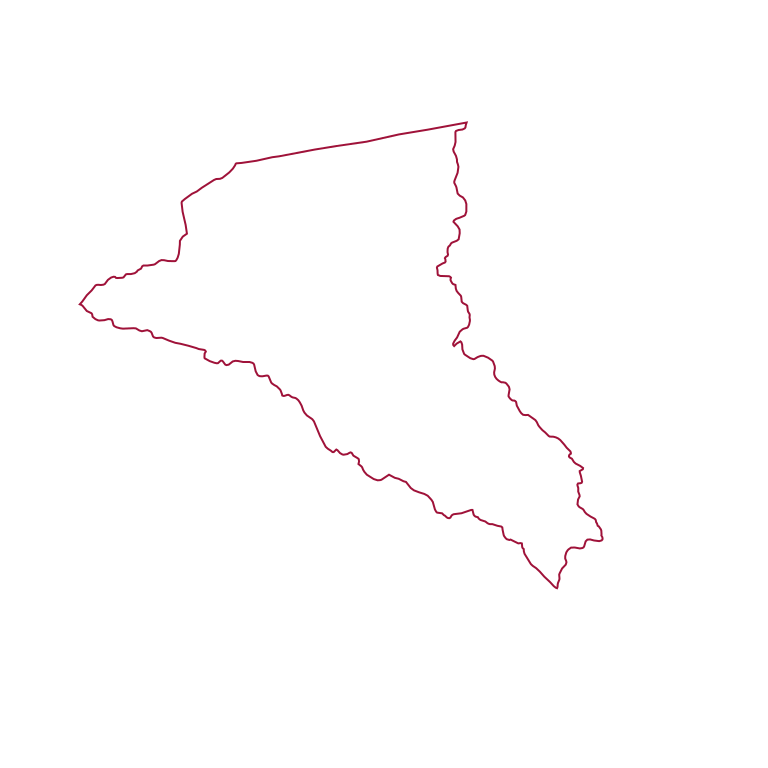 Mwanza, Mwanza, Malawi (orthographic projection), rotated 147°
{"feature_id": "42251766B31446962769453", "entity_name": "Mwanza", "entity_type": "district", "adm_level": 2, "iso_a3": "MWI", "parent_name": "Malawi", "parent_adm1": "Mwanza", "projection": "orthographic", "projection_center": [34.516, -15.608], "detail": "fine", "context": "isolated", "style": "outline", "palette": "rose", "viewbox_px": 768, "rotation_deg": 147, "n_neighbors": 0, "source": "geoboundaries", "source_scale": "gbopen_adm2", "svg_char_len": 6166}
<svg xmlns="http://www.w3.org/2000/svg" viewBox="0 0 768 768"><g transform="rotate(147 384 384)"><path d="M388.5,649.4L389.8,648.5L393.5,646.9L398.6,645.7L407.4,644.9L409.8,645.4L413.1,647.3L415.5,647.7L429.9,647.8L436.2,647.4L441.4,648.1L450.4,647.6L454.1,647.1L455.1,646.2L459.1,638.1L463.7,625.5L467.4,617.4L472.5,617.2L477.2,615.2L479.3,612.1L485.2,604.9L488.3,602.3L490.7,601.0L491.9,600.7L493.1,601.3L498.2,604.8L501.0,607.6L503.1,609.1L505.6,609.6L510.8,609.2L512.1,609.5L518.1,612.3L521.3,614.4L522.7,614.4L524.9,613.1L528.8,613.4L530.1,612.8L532.7,612.7L536.3,614.0L539.5,616.1L540.8,616.5L544.4,615.3L545.7,615.7L550.1,618.2L551.0,619.0L551.2,620.3L552.3,621.2L554.8,621.9L558.8,621.7L563.7,619.9L565.2,620.1L567.5,621.2L569.7,622.9L571.0,623.6L572.3,623.8L578.2,621.7L584.9,620.3L592.1,617.5L595.7,616.5L594.6,614.9L594.2,613.6L593.5,607.1L590.8,602.7L590.8,601.4L591.8,599.1L590.7,595.6L589.2,593.2L588.2,592.3L583.7,589.8L580.0,588.7L577.9,587.1L577.4,585.9L577.6,584.5L578.8,580.8L578.7,579.5L577.4,577.2L574.9,574.4L572.8,572.6L563.8,567.3L561.8,565.8L560.0,562.1L558.3,560.1L553.2,558.1L551.7,556.0L551.1,554.8L551.0,553.6L551.8,549.7L551.6,548.6L550.8,547.5L549.8,546.5L545.5,544.1L544.5,543.1L540.7,537.5L536.6,532.2L532.8,528.6L527.2,522.6L521.8,516.3L520.3,514.2L516.3,510.6L515.7,509.5L515.8,508.2L517.8,507.3L520.0,504.3L520.4,503.2L517.7,498.1L514.7,494.2L513.0,492.5L511.9,491.9L508.3,492.5L507.2,491.9L506.8,490.7L506.6,486.8L505.9,485.7L503.7,484.8L498.6,485.3L496.0,484.4L493.9,482.8L490.3,479.3L484.8,475.7L482.9,473.5L482.3,472.2L482.4,470.9L484.7,464.5L485.1,460.4L484.6,459.2L483.8,458.1L481.6,456.6L478.0,455.1L476.9,454.3L476.6,453.2L477.8,446.7L477.6,445.4L476.6,442.9L475.2,440.4L474.3,436.4L474.2,435.1L475.1,431.0L475.6,429.8L474.9,428.8L473.8,428.2L471.3,427.6L470.2,427.1L469.5,426.1L468.6,423.6L467.9,422.5L466.0,420.6L465.4,419.5L464.7,417.1L464.6,414.5L464.9,410.7L466.1,405.8L466.3,403.3L465.8,399.6L463.3,393.5L463.1,390.8L466.0,375.1L467.1,363.1L466.4,360.4L464.8,356.8L464.3,355.0L463.3,354.3L459.7,355.0L459.1,353.9L458.5,350.0L457.3,347.6L456.4,346.7L452.9,345.2L450.4,345.1L449.2,344.8L448.6,343.7L448.7,340.6L446.4,335.9L446.1,334.7L447.2,332.5L449.0,330.8L447.8,327.2L447.7,326.0L448.2,323.6L448.3,321.1L447.8,317.3L444.4,309.9L441.8,306.7L439.6,305.5L438.3,305.1L429.2,305.2L426.0,299.4L423.3,296.5L420.6,291.8L418.9,289.9L418.2,282.2L416.8,278.5L413.6,274.1L410.1,269.9L408.2,266.5L407.3,261.1L407.3,258.5L409.6,251.1L409.8,248.5L409.5,247.2L405.7,243.9L405.2,241.4L404.6,240.4L404.0,237.9L403.4,236.8L402.3,235.9L401.1,235.8L398.9,236.9L397.7,237.0L396.4,236.8L389.4,233.4L379.5,230.9L378.4,230.2L380.0,225.5L379.9,224.2L379.5,223.0L377.8,221.1L377.9,219.9L377.6,218.6L377.1,217.4L373.9,213.5L373.0,210.9L372.3,209.7L371.5,208.8L369.4,207.4L366.1,203.3L363.3,200.6L362.9,199.3L364.0,197.0L365.9,192.1L366.1,190.8L365.9,188.2L365.5,186.9L363.8,184.9L362.6,184.6L358.2,177.2L356.1,176.2L355.2,175.2L356.9,172.0L357.1,170.8L356.7,169.5L357.8,167.6L358.6,165.1L358.9,153.0L358.3,150.5L356.7,146.7L355.5,141.8L354.5,135.1L352.6,127.4L351.7,122.0L350.9,119.6L350.1,118.5L349.0,119.3L347.4,121.4L346.5,122.3L343.4,124.5L342.7,125.4L340.9,128.7L339.9,129.5L335.1,132.3L330.0,133.5L329.0,134.3L328.1,135.1L327.6,136.3L327.1,138.9L325.7,141.0L322.8,143.5L320.6,144.5L319.3,144.8L316.2,144.9L313.0,142.9L309.3,139.4L307.0,138.4L305.7,138.3L304.6,138.8L300.6,142.2L298.2,142.7L295.8,141.4L293.1,138.4L289.1,135.0L286.7,134.3L285.5,134.6L284.7,135.6L284.3,136.8L284.2,138.6L283.4,139.5L281.6,142.7L281.3,143.9L281.4,147.6L282.0,148.7L281.3,151.1L281.4,152.3L280.5,154.7L280.6,155.9L281.1,157.0L283.0,160.4L284.9,164.8L285.3,167.2L285.2,169.7L285.4,170.9L287.1,174.2L287.4,175.4L287.3,177.7L284.2,181.4L281.1,183.2L280.5,184.4L279.7,188.0L277.7,191.0L277.1,193.3L276.5,194.4L275.4,194.9L273.3,193.8L272.1,193.5L271.1,194.1L268.9,199.7L267.9,203.3L267.3,204.4L263.7,204.2L262.8,205.1L264.1,208.5L266.6,212.9L267.2,215.3L267.1,219.0L268.3,221.2L268.4,222.4L267.6,223.4L266.4,223.8L265.2,223.8L264.6,224.9L264.4,226.1L265.5,231.0L265.8,234.8L266.7,241.0L267.6,243.5L268.9,245.6L270.6,247.5L273.6,249.6L274.2,250.7L275.2,255.6L276.3,259.1L276.9,262.8L277.1,265.2L276.6,268.8L276.7,271.3L280.0,279.6L282.2,280.8L284.1,282.4L284.8,284.8L284.9,287.3L284.4,293.5L283.0,297.0L283.2,298.2L283.8,299.2L284.9,299.9L285.6,300.9L286.2,303.2L286.3,305.7L285.7,306.7L281.6,311.1L280.8,313.4L280.8,314.6L281.1,317.7L281.5,318.9L283.3,320.7L284.4,321.3L285.1,322.3L286.1,324.5L286.8,327.0L286.9,329.4L286.4,331.8L285.8,332.9L285.2,333.9L282.6,336.5L281.4,338.7L280.3,343.5L280.5,344.8L282.4,349.4L285.2,353.5L287.2,354.7L288.5,355.1L290.9,355.6L294.5,355.7L295.6,356.2L297.6,358.7L300.1,364.4L300.4,365.6L299.4,370.3L297.0,374.5L296.4,376.9L296.7,378.1L301.0,378.3L304.5,377.6L304.7,378.9L304.2,380.0L303.2,380.7L301.0,381.9L297.4,383.2L292.0,386.6L288.4,387.1L287.2,387.0L283.6,385.9L282.5,386.1L280.3,387.4L277.7,390.0L277.0,391.0L276.0,393.3L274.5,395.2L274.1,396.3L274.1,398.8L273.7,400.0L271.6,404.3L271.9,405.6L273.7,408.8L274.0,410.7L271.8,415.0L271.5,416.2L272.2,420.0L272.4,422.5L271.8,424.9L270.1,428.2L271.6,430.1L271.9,431.3L271.8,433.7L271.6,434.9L270.9,435.9L269.9,436.7L270.1,437.8L270.7,438.9L278.0,444.0L279.4,446.1L279.0,447.2L277.1,450.4L276.3,452.7L275.3,453.5L269.2,453.2L266.8,452.7L265.7,453.1L264.6,455.2L264.4,456.4L263.2,456.9L260.8,456.9L259.8,457.7L258.9,460.0L257.5,462.0L256.7,463.0L255.1,464.1L253.3,464.3L251.2,465.4L249.9,465.5L245.0,464.5L242.6,464.7L238.4,469.2L236.5,472.4L236.3,476.1L237.4,482.2L236.4,483.0L233.9,483.2L232.7,483.0L230.2,482.3L225.1,481.4L223.9,481.5L221.0,483.8L216.9,490.1L215.9,493.7L216.2,497.5L217.9,500.7L218.5,503.6L216.2,509.4L215.9,510.7L215.5,514.4L214.9,515.4L213.9,516.3L207.3,521.0L203.3,525.6L202.4,528.0L201.8,530.5L200.5,532.6L199.4,536.1L199.0,541.0L198.1,543.3L194.9,545.4L192.2,548.0L186.9,556.4L185.8,557.0L183.1,556.4L179.6,554.7L177.1,554.4L176.0,554.8L174.3,556.7L172.3,558.3L208.6,573.4L235.6,585.2L266.6,596.7L293.9,609.3L314.3,618.3L348.0,632.1L354.3,635.1L369.4,640.7L383.1,647.0L387.7,649.5L388.5,649.4Z" fill="none" stroke="#9f1239" stroke-width="2"/></g></svg>